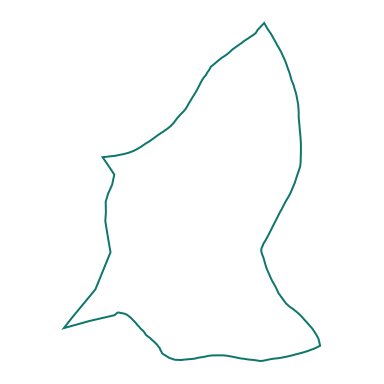 outline of Phalanxay, Savannakhét, Laos
{"feature_id": "54806243B24177068581900", "entity_name": "Phalanxay", "entity_type": "district", "adm_level": 2, "iso_a3": "LAO", "parent_name": "Laos", "parent_adm1": "Savannakhét", "projection": "mercator", "projection_center": [105.619, 16.736], "detail": "fine", "context": "isolated", "style": "outline", "palette": "teal", "viewbox_px": 384, "rotation_deg": 0, "n_neighbors": 0, "source": "geoboundaries", "source_scale": "gbopen_adm2", "svg_char_len": 2991}
<svg xmlns="http://www.w3.org/2000/svg" viewBox="0 0 384 384"><path d="M63.9,328.1L89.4,321.0L114.5,315.2L115.6,314.2L116.8,313.2L118.0,312.5L119.8,312.7L122.4,313.3L124.2,313.6L125.7,314.1L127.6,315.2L129.1,316.4L130.6,317.6L131.9,318.9L133.4,320.5L135.5,322.6L136.6,324.0L137.5,325.1L139.1,326.7L140.4,328.4L142.5,330.3L143.4,331.1L144.5,332.6L145.3,333.9L146.2,335.1L148.0,336.5L149.1,337.3L150.5,338.4L151.9,339.8L153.4,341.1L155.0,342.6L156.9,344.5L157.6,345.4L158.8,347.1L159.6,347.9L160.0,348.9L160.4,349.9L160.7,350.6L161.3,351.5L162.3,353.5L162.8,353.8L163.5,354.3L169.1,357.8L173.9,359.5L175.5,359.8L180.9,360.0L185.6,359.5L194.4,358.7L198.8,357.6L201.9,357.2L205.3,356.6L208.1,355.9L212.2,355.4L221.2,355.3L225.1,355.5L229.2,356.1L232.9,356.8L241.0,358.5L243.4,358.7L248.3,359.5L253.9,360.0L260.3,361.0L262.9,360.8L268.9,359.5L271.9,358.9L279.0,358.1L286.0,356.8L290.9,355.7L295.7,354.4L303.3,352.4L306.9,351.3L313.5,348.9L316.5,347.6L318.8,346.4L320.1,345.8L319.2,341.6L318.3,338.4L316.3,334.7L312.5,328.8L309.9,325.9L306.4,321.9L303.9,319.2L302.1,317.0L298.3,313.3L293.3,309.2L289.4,306.5L286.1,303.5L283.1,299.5L278.5,293.2L277.0,289.9L275.3,286.3L271.9,280.4L270.7,277.8L268.3,272.3L266.8,269.0L265.6,265.3L264.6,261.8L263.7,258.4L262.7,255.8L261.7,253.1L261.2,250.3L261.6,248.0L262.7,245.7L263.4,243.8L263.4,243.7L263.5,243.5L265.1,241.1L266.5,238.6L269.0,233.9L271.2,229.5L273.6,224.7L276.1,219.9L277.8,216.5L279.9,212.3L281.7,209.2L284.2,204.2L286.1,200.7L287.9,197.7L290.2,193.7L292.6,188.0L294.9,182.5L296.9,176.2L298.4,171.8L300.1,166.7L300.6,162.3L300.7,159.9L300.7,158.0L300.9,153.2L300.9,148.0L300.9,143.6L300.6,138.9L300.2,133.8L299.8,129.9L299.7,128.2L299.3,124.0L298.9,119.8L298.7,117.6L298.7,113.3L298.6,110.2L298.3,106.5L298.3,105.8L297.7,102.0L297.4,100.3L296.4,95.1L295.4,91.3L294.5,88.6L293.6,85.1L292.4,82.2L291.5,80.0L289.7,73.5L288.7,70.7L287.8,68.3L287.1,66.3L285.8,62.5L285.0,60.5L284.3,59.0L283.2,56.6L282.3,54.5L281.1,51.9L279.8,49.6L278.5,47.2L277.2,45.2L276.3,43.4L275.2,41.4L273.7,38.7L272.0,35.6L270.9,33.7L268.4,30.2L267.4,28.6L265.9,26.0L264.2,23.0L263.7,23.6L261.8,25.5L259.7,27.7L257.5,30.1L255.8,33.0L253.4,34.9L250.0,37.1L247.4,38.9L244.4,40.8L241.3,43.2L239.4,44.5L235.3,47.4L232.4,49.5L230.0,51.8L227.8,53.7L224.6,56.0L221.3,58.1L218.4,60.5L214.6,63.7L210.7,66.9L210.2,68.1L209.1,70.0L207.3,72.5L205.7,75.4L203.7,77.6L202.3,79.7L201.3,81.6L199.4,85.2L197.5,89.0L196.3,91.2L191.6,98.8L189.3,102.6L187.2,106.4L185.5,109.1L183.5,111.5L180.8,114.1L177.2,118.2L175.5,120.4L173.5,123.1L171.1,125.6L168.6,127.8L163.6,131.4L161.5,132.7L158.7,134.6L156.6,136.1L155.0,137.3L153.5,138.4L152.1,139.4L149.6,141.2L149.5,141.3L145.7,143.5L141.6,146.4L138.6,148.2L136.7,149.3L136.0,149.7L133.1,151.1L128.8,152.7L124.5,153.9L115.1,155.8L108.9,156.5L102.6,157.2L108.2,165.4L114.3,174.6L112.1,184.8L108.1,193.7L105.7,201.7L105.9,212.2L105.3,221.1L107.7,235.9L110.5,252.3L95.4,289.4L72.4,317.2L63.9,328.1Z" fill="none" stroke="#0f766e" stroke-width="2"/></svg>